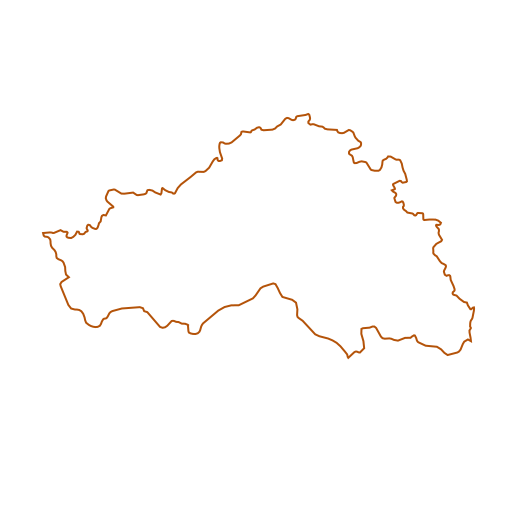 the Region of Belgorod, rotated 350°
{"feature_id": "RUS-2370", "entity_name": "Belgorod", "entity_type": "Region", "adm_level": 1, "iso_a3": "RUS", "parent_name": "Russia", "parent_adm1": "", "projection": "orthographic", "projection_center": [37.593, 50.613], "detail": "fine", "context": "isolated", "style": "outline", "palette": "amber", "viewbox_px": 512, "rotation_deg": 350, "n_neighbors": 0, "source": "natural_earth", "source_scale": "10m", "svg_char_len": 6081}
<svg xmlns="http://www.w3.org/2000/svg" viewBox="0 0 512 512"><g transform="rotate(350 256 256)"><path d="M87.7,298.3L85.5,298.1L83.4,297.4L81.3,296.3L79.4,294.8L77.1,292.2L76.6,289.6L76.5,286.7L75.8,282.9L74.4,280.1L72.6,278.5L70.5,277.7L68.2,277.2L64.8,275.6L62.7,271.6L58.4,251.8L58.3,249.7L60.0,247.8L68.0,244.4L65.7,241.3L65.6,237.7L66.1,233.7L65.3,229.1L64.5,227.5L63.3,226.4L60.8,224.8L59.4,223.3L59.3,221.6L59.6,219.7L59.4,217.4L58.6,215.3L56.6,212.4L55.9,210.3L55.9,207.8L56.2,205.8L56.2,203.9L54.9,201.7L53.7,200.9L51.4,200.2L50.5,199.1L50.3,196.4L57.2,197.0L59.0,197.5L60.0,198.1L61.0,198.2L68.0,196.6L70.6,198.7L73.8,199.3L74.3,199.8L74.5,200.4L73.0,202.8L72.8,204.0L73.4,204.9L74.5,205.5L77.1,206.2L79.4,205.4L81.8,203.8L84.0,200.9L85.5,201.3L85.8,201.8L86.0,203.4L86.4,203.8L89.1,204.5L90.5,204.3L92.4,202.7L94.0,202.5L94.5,202.2L94.7,201.5L94.1,199.9L94.0,199.4L94.1,198.9L95.2,196.7L96.2,196.1L97.7,196.7L98.7,198.7L99.8,199.9L102.3,201.4L103.6,201.6L104.9,200.6L106.5,197.8L107.0,196.5L109.0,195.0L110.5,190.9L111.3,189.7L112.9,189.1L115.2,190.0L119.7,184.2L120.7,183.7L123.9,183.3L124.0,182.6L119.0,176.5L118.4,175.1L118.1,173.0L118.7,171.3L122.0,166.4L122.8,166.0L127.5,165.8L128.5,166.1L134.3,171.2L137.5,171.8L146.0,172.2L149.1,175.2L150.3,175.6L156.2,175.8L157.8,175.6L158.9,175.1L160.4,172.5L160.9,172.3L162.6,172.4L165.4,173.6L167.8,175.9L172.7,178.9L173.7,177.8L175.2,173.1L175.8,172.9L178.0,175.4L181.3,177.8L183.8,178.7L184.7,179.3L185.3,180.2L186.4,180.4L187.1,180.1L190.7,175.5L194.5,172.5L205.2,166.9L211.6,163.2L213.3,162.9L219.1,164.1L221.0,163.6L225.2,160.9L229.8,155.4L231.8,153.5L234.0,152.6L234.7,152.6L235.0,152.9L234.9,154.7L235.1,155.3L235.8,156.0L236.9,156.2L239.0,155.8L239.6,154.2L238.5,147.4L238.6,143.3L238.9,141.4L239.6,139.3L240.3,138.2L241.1,137.9L243.3,138.5L244.6,139.7L245.7,140.2L248.8,140.6L251.7,139.9L261.1,134.5L262.3,133.5L263.2,131.3L263.9,131.1L264.9,131.1L271.8,133.3L272.4,133.2L273.4,131.9L274.0,131.6L276.6,131.2L279.2,129.9L281.1,129.7L281.9,129.9L282.7,130.7L283.3,132.6L285.4,133.5L294.1,134.4L296.9,133.8L299.3,132.1L303.2,130.8L308.5,126.1L309.4,125.7L310.5,125.4L311.3,125.6L312.3,126.1L314.7,128.1L316.1,128.7L317.7,128.6L318.5,128.2L319.0,127.6L319.8,126.0L320.9,125.5L329.4,125.7L332.1,125.2L332.5,125.5L333.0,126.3L333.2,128.9L333.1,130.1L332.6,131.2L331.0,132.6L330.8,133.1L330.7,134.2L332.4,136.1L334.6,136.0L335.8,136.3L340.6,139.2L343.7,140.1L344.8,141.0L345.9,142.6L348.4,143.7L357.6,145.9L357.8,147.2L358.5,148.6L360.1,149.5L362.1,150.0L363.9,150.0L369.3,148.0L370.7,148.6L372.7,150.5L373.3,151.4L374.0,155.1L374.5,156.7L376.7,160.2L378.8,162.0L379.1,163.0L378.8,164.5L378.5,165.2L378.0,165.9L376.5,166.9L374.9,167.5L368.4,167.8L366.9,168.4L365.7,169.6L365.4,171.1L365.6,171.8L367.9,173.9L368.4,175.5L368.5,179.2L368.6,180.9L368.9,181.4L369.3,181.7L371.3,181.9L374.1,181.2L376.4,181.1L380.1,182.5L380.9,183.1L381.3,184.0L383.9,190.5L384.5,191.3L387.6,192.6L391.4,193.3L392.9,192.8L394.9,190.6L396.2,187.8L396.9,185.2L397.4,184.0L399.1,183.3L401.0,182.9L402.5,181.9L403.4,180.9L405.9,181.5L410.2,185.1L411.2,185.6L413.4,185.9L414.6,186.7L415.6,190.3L415.7,194.3L416.1,197.6L417.2,201.0L417.7,207.0L417.6,208.7L416.8,209.2L413.2,209.3L412.2,208.4L411.7,207.3L410.5,206.9L403.8,208.9L403.4,209.2L403.3,209.9L403.6,210.9L404.3,212.7L404.5,213.7L404.3,214.3L401.2,214.9L402.0,216.2L404.3,218.1L404.8,219.1L404.8,219.7L404.4,220.9L402.4,222.7L402.3,223.2L402.8,227.0L403.7,227.9L405.1,228.3L406.7,228.2L409.2,227.5L409.9,227.9L410.4,229.4L410.5,231.3L410.2,232.4L409.4,233.0L409.2,233.5L409.1,234.7L409.8,236.1L411.6,237.9L412.6,239.5L417.4,241.3L418.0,241.8L419.0,243.4L419.9,243.8L420.7,243.6L422.4,241.8L422.9,241.7L427.3,242.8L427.8,243.2L427.9,244.0L427.2,248.8L427.4,249.4L428.0,249.8L433.3,250.2L439.0,251.3L441.6,252.8L443.9,255.4L443.0,256.8L442.6,257.0L441.4,257.2L439.1,256.6L438.7,256.9L438.6,257.5L439.1,258.8L440.6,261.1L440.7,261.9L440.5,263.2L439.8,264.9L439.8,266.0L439.9,266.9L442.0,272.4L441.0,273.6L435.8,275.3L432.2,278.2L431.8,279.1L431.5,282.0L431.1,283.8L431.2,284.5L432.5,286.4L433.9,287.6L436.2,293.0L437.0,294.3L437.6,295.2L439.5,296.5L441.2,298.0L441.3,298.6L441.2,299.5L440.2,301.1L438.8,302.9L438.3,304.1L438.7,307.2L440.2,308.6L441.7,308.3L442.9,308.4L443.7,309.2L443.8,309.9L443.6,313.4L445.3,319.8L445.8,323.1L445.6,324.3L445.2,324.8L443.5,325.9L443.1,327.1L443.3,327.8L443.7,328.4L446.6,329.8L449.0,333.4L452.8,337.4L455.6,338.5L456.1,341.4L457.9,345.6L458.6,345.8L460.8,344.5L461.7,344.5L461.6,345.8L461.0,347.9L458.4,354.6L457.6,355.7L456.5,356.8L455.9,357.7L455.3,359.3L454.6,362.6L455.1,364.0L455.0,364.5L453.3,366.4L453.0,368.5L453.1,373.8L452.9,377.2L450.2,375.0L446.2,376.5L444.4,378.6L441.2,383.7L439.2,385.4L437.5,386.0L427.5,386.8L424.7,384.1L422.1,380.1L418.4,376.8L407.5,373.8L401.1,369.3L400.4,368.6L399.8,367.2L399.5,364.6L398.5,361.4L398.6,361.0L398.3,361.4L395.8,362.3L393.9,363.4L388.7,362.5L381.1,364.0L377.3,362.6L374.9,361.0L373.0,360.3L368.4,359.8L366.3,358.9L365.0,357.0L361.8,347.7L360.3,346.0L358.4,345.7L355.5,346.3L348.8,345.7L347.2,346.1L346.2,351.0L347.0,358.5L346.5,365.6L341.6,369.1L340.5,368.8L338.6,367.6L337.4,367.4L336.1,367.8L329.2,372.3L328.8,371.3L328.7,368.8L327.0,365.6L323.5,359.6L320.3,355.5L316.7,352.4L312.7,349.8L304.4,346.0L300.7,343.4L290.7,327.9L287.0,324.2L286.3,323.1L286.2,321.3L287.5,315.7L287.3,308.9L284.0,305.4L274.9,300.9L273.2,296.6L271.8,291.3L270.3,287.1L268.2,286.0L257.8,287.4L254.8,288.6L248.7,294.8L245.6,297.2L230.5,301.5L223.1,300.3L216.2,300.8L209.4,303.2L192.1,313.2L190.8,314.5L189.8,315.9L188.1,319.4L187.1,320.8L185.2,322.0L182.8,322.3L180.4,321.8L178.2,320.9L176.6,319.7L176.4,318.2L176.9,313.0L177.2,312.3L176.9,311.9L174.4,310.4L171.1,309.7L168.3,307.6L166.0,307.0L163.9,305.7L162.9,305.4L161.6,305.4L156.5,309.3L154.1,310.4L151.6,310.5L149.2,309.2L139.2,292.4L136.3,290.9L135.6,287.8L132.7,286.2L114.8,284.4L105.0,285.3L103.1,285.9L101.6,287.0L99.5,289.8L98.3,291.0L97.4,291.4L95.4,291.4L94.5,291.8L92.8,293.8L91.6,295.9L90.1,297.6L87.7,298.3Z" fill="none" stroke="#b45309" stroke-width="2"/></g></svg>